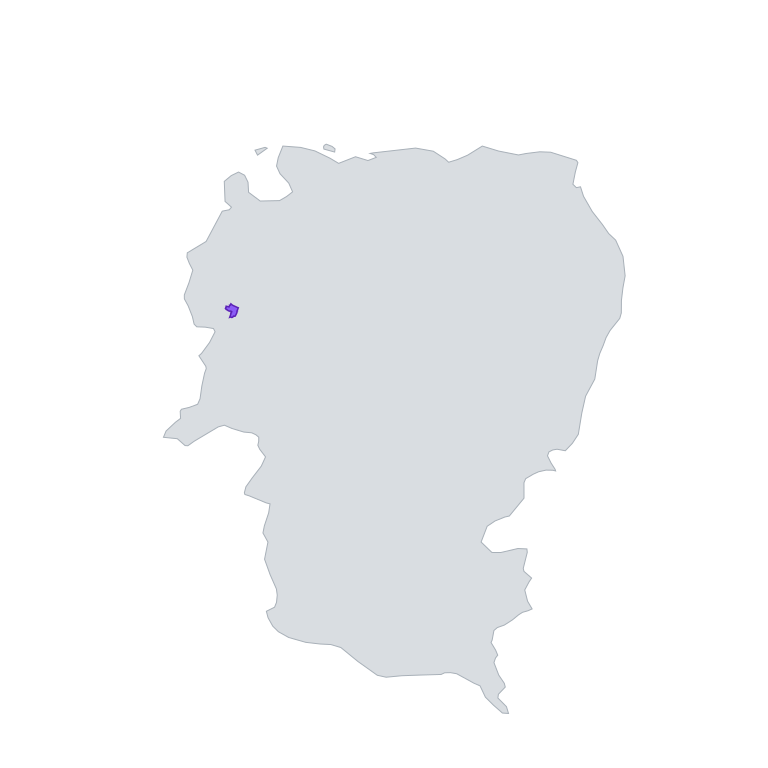 location of Doun Kaev, Takêv, Cambodia, rotated 110°
{"feature_id": "14789045B36227834850403", "entity_name": "Doun Kaev", "entity_type": "district", "adm_level": 2, "iso_a3": "KHM", "parent_name": "Cambodia", "parent_adm1": "Takêv", "projection": "mercator", "projection_center": [104.801, 10.986], "detail": "fine", "context": "in_parent", "style": "filled", "palette": "violet", "viewbox_px": 768, "rotation_deg": 110, "n_neighbors": 0, "source": "geoboundaries", "source_scale": "gbopen_adm2", "svg_char_len": 4363}
<svg xmlns="http://www.w3.org/2000/svg" viewBox="0 0 768 768"><g transform="rotate(110 384 384)"><path d="M651.0,154.3L652.7,160.2L648.3,171.4L643.6,181.6L634.8,190.5L634.4,197.1L631.4,216.6L632.5,222.8L634.6,228.2L637.4,231.0L645.0,250.1L652.0,267.4L658.8,281.7L660.0,290.7L653.7,313.5L646.4,334.4L647.0,344.8L650.2,355.2L653.5,369.1L654.8,386.9L652.9,398.5L649.6,405.7L643.3,413.0L637.8,416.8L631.2,410.5L626.0,410.3L618.9,412.1L613.4,415.0L602.1,425.8L589.5,436.3L572.2,439.0L565.4,446.8L558.2,447.9L544.5,448.3L535.6,450.1L536.0,454.0L535.2,472.5L535.4,476.9L534.0,478.0L527.8,478.6L517.3,475.7L503.1,471.2L493.0,470.4L487.8,478.5L484.7,481.6L480.8,482.1L476.8,483.5L475.5,487.1L475.1,491.6L477.1,499.3L477.8,511.5L477.3,519.9L481.0,525.1L502.7,542.8L509.1,547.2L509.9,549.9L506.1,559.5L509.5,573.0L502.7,572.7L491.3,566.9L485.9,563.4L479.3,566.2L477.0,565.7L472.6,559.0L466.8,552.2L460.8,551.8L448.1,554.5L435.2,556.3L430.3,556.3L428.3,557.5L420.8,567.6L417.6,565.9L404.6,562.1L392.7,560.6L390.2,563.2L391.7,571.4L394.3,579.5L392.7,582.9L386.2,587.1L377.6,594.7L372.3,600.7L368.6,602.1L355.5,601.9L342.4,602.6L337.2,608.2L332.2,612.6L328.0,613.7L310.9,599.9L276.9,595.1L273.2,589.0L270.0,587.8L266.8,595.8L248.2,603.4L240.4,598.8L234.6,593.2L235.5,586.4L240.9,580.8L250.2,576.8L254.4,562.9L247.4,544.9L241.2,539.7L234.7,535.6L227.8,542.2L222.0,553.6L216.0,559.5L207.5,560.8L195.0,560.4L190.2,543.3L188.6,528.7L190.3,512.0L192.2,502.1L180.2,488.5L179.5,475.5L173.7,468.8L172.0,472.2L172.1,475.9L170.5,473.2L151.5,435.0L148.4,417.3L151.6,403.6L153.5,399.1L148.1,391.9L140.4,383.7L126.8,373.0L125.9,356.0L122.8,336.0L118.8,329.3L112.5,317.0L109.2,306.7L108.0,279.7L109.7,277.5L119.4,276.7L131.7,274.8L133.7,270.4L131.5,266.8L139.4,260.7L150.7,247.3L159.5,233.2L165.8,224.3L169.6,215.5L182.3,203.1L199.9,194.4L211.8,192.4L224.2,189.5L236.1,185.3L241.7,184.9L256.5,189.9L264.5,191.2L272.9,191.2L281.6,191.7L289.1,191.2L307.3,187.6L326.5,190.4L343.6,188.2L364.8,184.2L375.3,186.7L384.7,190.8L386.1,199.1L388.3,202.9L391.4,205.8L395.6,205.8L401.1,200.0L405.6,194.1L407.0,193.0L407.3,195.9L409.5,202.3L413.6,208.7L417.7,212.9L424.5,218.5L428.9,218.7L443.4,213.4L465.2,221.1L467.7,225.0L474.7,232.8L482.4,238.4L499.3,238.7L505.4,225.0L502.4,216.6L492.8,201.9L490.1,193.3L493.2,191.8L509.6,190.1L512.2,188.4L515.9,178.9L520.3,180.0L529.4,181.3L539.0,174.8L544.7,167.9L547.8,171.1L551.2,175.8L554.9,178.6L561.8,182.7L569.4,188.5L574.1,194.2L578.0,196.4L587.7,194.8L590.3,195.0L595.9,188.1L599.9,184.4L603.3,185.5L608.2,185.4L618.3,176.6L624.1,168.6L627.3,166.4L636.4,170.4L640.1,169.6L645.3,158.6L651.0,154.3ZM183.8,520.8L181.9,521.9L180.2,521.8L178.4,520.3L178.5,514.1L179.8,510.4L182.9,509.7L183.8,520.8ZM212.2,581.1L208.4,585.2L202.3,576.7L202.4,574.4L212.2,581.1Z" fill="#d9dde1" stroke="#a8b0b8" stroke-width="1"/><path d="M370.9,547.0L367.3,546.6L367.2,546.6L366.9,546.8L366.7,546.8L366.1,547.0L365.9,546.9L365.9,547.0L365.7,547.1L364.9,547.0L364.6,547.0L364.4,547.0L363.5,547.0L362.9,547.0L362.5,547.0L362.2,547.0L362.2,547.4L362.2,547.9L362.2,548.4L362.1,549.0L362.1,549.6L362.0,550.1L362.0,550.5L362.0,550.8L362.0,551.0L361.9,551.4L361.9,551.6L361.9,551.9L361.9,552.1L361.8,552.7L361.8,553.2L361.7,553.4L361.7,553.6L361.4,554.3L361.2,554.9L361.0,555.3L361.5,555.4L361.8,555.4L362.0,555.3L362.3,555.4L362.6,555.5L362.7,555.8L362.8,556.0L362.9,555.9L363.6,555.9L364.6,556.0L364.6,556.4L364.6,556.6L364.8,558.6L364.9,558.8L365.0,558.7L365.4,558.7L365.7,558.6L365.8,558.8L366.0,558.8L366.6,558.8L366.9,558.8L367.2,558.8L367.2,558.7L367.3,558.6L367.3,558.4L367.5,558.3L367.6,558.2L367.8,558.0L367.9,557.9L367.9,557.7L368.0,557.4L368.0,557.2L367.9,557.0L368.0,556.9L368.0,556.7L368.1,556.3L368.1,556.2L368.3,555.8L368.3,555.7L368.4,555.2L368.4,554.8L368.4,554.2L368.3,553.9L368.3,553.7L368.2,553.5L368.1,553.4L368.0,553.2L367.9,553.0L367.9,552.9L368.0,552.7L368.0,552.4L368.0,552.1L368.1,551.8L368.8,551.8L369.0,551.9L369.1,552.0L369.3,552.0L369.5,552.1L369.8,552.3L369.9,552.2L370.0,552.1L370.1,551.9L371.9,551.8L374.0,551.8L373.9,551.7L373.7,551.4L373.6,551.1L373.6,550.9L373.5,550.7L373.6,550.3L373.5,550.1L373.5,549.9L373.5,549.7L373.2,549.5L373.1,549.3L373.1,549.2L372.9,549.0L372.6,548.9L372.4,548.8L372.2,548.7L371.7,548.6L371.5,548.3L371.5,547.9L371.4,547.5L371.3,547.3L371.0,547.2L370.9,547.0Z" fill="#8b5cf6" stroke="#5b21b6" stroke-width="1.5"/></g></svg>